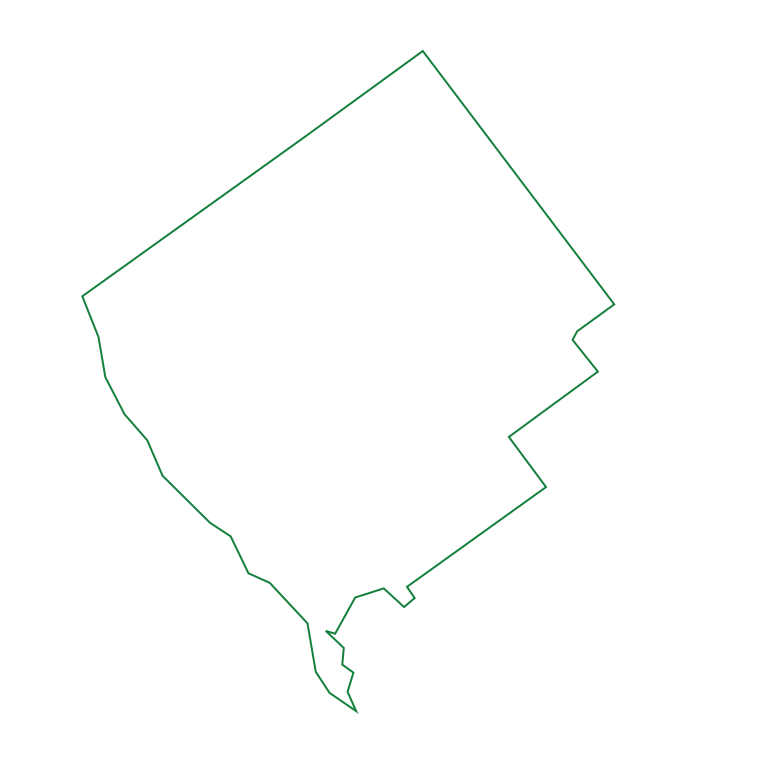 the district of Greene, Illinois, United States of America, rotated 324°
{"feature_id": "52423323B58371871806637", "entity_name": "Greene", "entity_type": "district", "adm_level": 2, "iso_a3": "USA", "parent_name": "United States of America", "parent_adm1": "Illinois", "projection": "natural_earth1", "projection_center": [-90.485, 39.32], "detail": "fine", "context": "isolated", "style": "outline", "palette": "green", "viewbox_px": 768, "rotation_deg": 324, "n_neighbors": 0, "source": "geoboundaries", "source_scale": "gbopen_adm2", "svg_char_len": 574}
<svg xmlns="http://www.w3.org/2000/svg" viewBox="0 0 768 768"><g transform="rotate(324 384 384)"><path d="M611.1,137.4L465.7,137.5L191.5,135.7L180.6,178.3L162.6,214.6L156.3,255.9L159.4,290.4L150.9,328.1L161.7,394.3L170.4,417.1L163.1,457.5L174.7,477.8L181.4,532.7L159.6,576.8L158.4,602.0L169.2,632.3L173.6,611.6L189.6,599.5L185.3,586.5L196.3,573.9L191.8,549.6L197.7,557.3L235.2,539.8L263.7,549.2L269.1,576.2L283.0,575.2L283.4,561.6L454.5,562.6L453.9,500.2L564.3,499.7L562.5,459.2L571.2,454.9L617.1,454.9L611.1,137.4Z" fill="none" stroke="#15803d" stroke-width="2"/></g></svg>